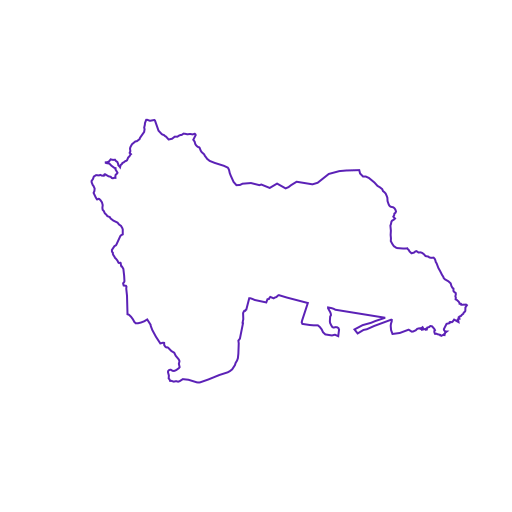 the district of Bunesti, Vâlcea, Romania, rotated 324°
{"feature_id": "2599482B20268372174714", "entity_name": "Bunesti", "entity_type": "district", "adm_level": 2, "iso_a3": "ROU", "parent_name": "Romania", "parent_adm1": "Vâlcea", "projection": "mercator", "projection_center": [24.207, 45.108], "detail": "fine", "context": "isolated", "style": "outline", "palette": "violet", "viewbox_px": 512, "rotation_deg": 324, "n_neighbors": 0, "source": "geoboundaries", "source_scale": "gbopen_adm2", "svg_char_len": 6126}
<svg xmlns="http://www.w3.org/2000/svg" viewBox="0 0 512 512"><g transform="rotate(324 256 256)"><path d="M381.0,428.5L381.5,427.6L381.8,426.0L382.6,425.8L383.7,426.4L384.0,425.8L383.7,425.0L383.9,424.7L385.2,424.6L386.5,425.0L387.9,424.6L389.7,424.6L390.8,423.9L392.3,423.8L393.1,423.4L395.2,420.7L397.7,419.8L397.4,418.8L393.4,416.1L393.7,415.2L392.6,414.3L393.1,413.4L393.1,411.9L392.6,409.5L392.0,408.4L393.2,407.1L393.6,405.8L395.1,404.5L395.8,403.4L395.2,401.4L395.2,400.3L396.6,398.4L396.2,397.1L396.5,395.0L397.4,392.6L396.8,389.6L395.1,385.8L394.9,384.1L395.3,382.8L395.4,380.6L396.1,376.4L396.5,372.9L397.8,368.1L397.9,366.5L398.6,364.8L398.9,363.3L398.7,361.7L397.0,360.7L395.9,359.7L395.3,358.8L395.1,357.8L393.1,355.7L392.9,353.4L392.3,351.3L391.3,349.8L389.5,348.7L388.7,346.4L387.7,346.0L385.7,346.1L383.4,345.2L382.9,342.6L383.1,340.8L382.8,339.4L382.9,338.7L382.2,338.4L379.5,336.5L374.9,332.6L374.2,331.6L373.7,330.0L373.4,329.5L373.3,328.4L373.4,326.2L373.8,323.2L375.5,321.1L377.3,318.1L380.0,314.8L382.6,310.4L383.8,309.6L385.8,307.8L386.8,307.4L388.6,307.6L390.5,307.4L390.2,304.9L391.9,304.1L392.9,303.0L394.2,303.0L395.4,302.3L395.9,300.8L396.1,299.3L396.0,298.4L395.6,297.2L394.0,295.4L393.6,294.5L393.5,293.4L393.8,291.8L394.7,288.9L396.5,286.1L397.0,284.4L397.6,281.7L397.4,279.9L396.9,278.1L397.4,276.1L396.6,273.2L395.5,270.7L395.0,266.1L393.2,259.2L391.5,256.2L389.3,254.6L388.7,250.4L390.0,247.2L379.3,239.9L373.3,236.3L363.1,232.4L348.9,233.0L343.8,231.2L332.5,219.8L326.0,219.3L322.8,219.4L319.7,218.7L315.6,209.8L307.1,209.0L302.3,201.3L300.4,200.7L294.8,194.0L287.6,189.6L284.8,189.1L281.8,187.2L281.4,182.9L282.8,176.1L283.5,173.5L284.7,170.7L285.1,168.9L285.1,167.9L283.0,164.1L277.3,156.4L274.4,151.8L273.5,148.4L273.6,147.6L273.5,144.9L273.8,143.3L273.1,139.9L273.2,138.3L274.0,135.2L273.9,134.6L273.3,134.0L272.8,132.6L272.6,131.1L272.7,129.7L273.6,127.3L273.6,125.1L278.3,122.7L278.5,121.9L278.3,121.1L276.2,120.4L274.5,118.6L272.0,117.2L270.6,115.6L269.3,114.4L267.5,114.4L266.7,114.2L266.0,113.7L264.1,113.3L262.6,113.3L260.4,111.7L257.0,111.8L253.8,110.4L253.4,106.6L252.9,105.5L252.6,104.0L251.8,102.9L251.4,102.1L250.8,97.3L253.9,87.0L253.7,86.2L249.7,84.3L248.0,81.8L247.2,81.3L244.3,83.2L243.2,84.5L241.0,86.4L240.4,87.9L238.4,89.9L231.7,92.2L230.5,93.0L227.1,93.1L225.7,92.4L221.3,92.7L218.2,94.2L217.1,95.2L216.0,97.3L214.4,98.3L214.7,100.1L213.9,100.2L212.1,101.0L210.5,101.2L208.0,102.7L207.1,102.8L206.2,102.4L203.8,102.5L202.7,102.2L201.4,102.8L200.0,102.8L198.2,104.3L198.2,103.0L198.0,102.4L198.0,101.5L198.6,100.5L199.1,98.4L198.5,96.7L198.5,95.2L197.1,94.4L195.9,93.3L195.3,92.4L192.6,93.1L190.8,92.7L189.5,91.9L189.2,92.3L189.4,92.7L191.7,95.1L192.1,97.9L193.2,101.4L194.0,102.4L193.2,103.4L192.9,107.2L192.3,107.6L190.2,107.8L189.1,108.8L188.2,110.2L187.1,109.4L185.9,109.0L185.2,108.2L185.0,106.5L183.5,104.8L182.0,101.2L181.5,100.9L180.8,101.1L180.5,101.7L179.9,101.5L178.5,100.3L177.7,98.9L176.3,98.5L174.2,96.6L171.5,96.4L169.3,97.9L167.0,98.7L166.3,99.9L165.6,102.8L165.7,103.8L165.1,106.6L163.4,108.5L161.7,109.5L160.8,114.3L160.6,116.7L161.0,117.0L162.3,117.2L162.7,117.7L163.0,119.5L162.9,122.1L161.9,124.7L160.0,126.8L159.1,128.5L159.3,130.1L158.8,132.6L159.2,134.6L159.2,136.4L160.6,138.6L160.4,140.1L161.4,143.5L163.6,147.6L163.7,150.0L164.5,152.3L164.2,155.0L163.8,156.2L160.9,160.2L159.1,159.9L158.0,160.1L149.6,164.8L148.9,165.0L147.3,164.8L143.0,166.4L142.1,167.7L142.0,168.0L142.1,169.3L141.4,170.2L141.1,171.7L141.1,173.4L140.8,174.4L141.1,175.9L141.2,178.2L140.8,180.5L141.0,181.1L142.3,181.7L142.4,182.1L141.1,184.6L141.0,185.4L141.4,185.7L141.1,188.5L137.7,194.5L134.8,199.0L134.0,199.6L132.6,199.9L132.3,200.2L131.6,202.1L133.3,203.7L133.2,204.6L131.8,206.2L128.3,212.3L117.8,227.6L118.7,228.9L119.2,231.8L119.2,235.0L118.8,237.9L119.2,239.8L121.1,241.1L123.8,242.2L127.1,243.1L130.7,243.4L130.3,249.7L129.8,250.5L128.6,254.9L127.6,262.4L127.2,270.5L129.8,271.5L130.6,272.3L129.4,274.1L129.3,275.9L129.6,277.0L130.0,277.5L130.6,277.8L131.0,278.5L131.7,283.2L133.0,286.2L132.4,289.5L132.7,293.8L132.5,295.5L132.1,296.3L130.2,297.9L128.9,301.0L127.7,301.4L124.5,301.4L122.5,301.0L121.3,300.2L120.6,299.0L120.3,298.1L119.8,297.6L118.5,297.2L117.2,297.5L116.5,298.3L115.2,301.6L113.4,303.7L113.5,305.1L113.1,306.6L114.1,307.2L115.6,309.3L117.8,310.3L119.1,311.9L120.7,312.4L124.4,312.6L128.6,316.4L134.0,323.6L135.6,324.9L136.6,325.4L144.9,327.9L156.3,330.7L164.8,333.5L167.3,333.8L170.1,333.7L174.8,331.9L176.7,330.5L179.3,329.4L181.3,328.0L184.2,324.8L190.7,316.5L192.0,314.1L194.4,313.4L206.0,302.7L205.8,302.2L208.6,299.6L212.0,294.6L213.8,293.6L214.4,293.5L215.1,294.0L216.0,293.5L216.6,293.7L225.7,286.2L226.7,287.0L227.9,288.7L229.1,290.8L237.0,299.6L239.9,297.7L241.1,298.4L242.3,297.8L243.5,297.5L245.4,300.6L246.8,300.7L248.4,301.2L250.5,300.9L251.5,301.1L256.5,307.7L270.3,324.5L255.5,335.2L254.0,336.5L253.6,338.2L258.9,343.4L261.8,345.9L265.3,348.5L265.9,350.9L266.0,354.0L265.4,357.1L266.0,360.2L270.7,364.9L273.6,366.1L275.4,369.2L279.9,364.4L280.3,362.7L279.7,361.3L278.4,360.2L276.8,359.6L276.0,358.5L276.1,356.4L276.6,353.7L277.4,352.2L280.4,348.6L281.9,347.9L282.5,346.8L283.0,345.3L283.6,340.6L284.1,340.0L286.5,342.6L287.8,344.4L288.6,346.1L324.2,381.9L314.5,378.8L309.9,377.7L301.6,374.6L292.5,373.3L292.7,378.4L299.5,379.0L302.6,380.4L310.6,382.1L328.0,387.0L328.3,387.5L327.3,388.7L325.4,390.1L323.9,391.7L321.7,395.4L320.6,399.3L327.1,402.8L336.1,405.3L336.4,405.8L337.5,408.7L338.6,409.4L341.6,410.0L343.6,409.7L345.5,410.4L346.0,411.3L346.4,411.0L347.7,411.6L348.9,411.5L348.9,412.1L348.5,412.7L347.1,412.7L346.9,413.2L350.3,414.6L350.0,415.4L350.9,415.9L352.4,414.6L354.5,415.3L355.2,415.1L356.0,415.2L357.1,416.4L357.4,419.7L357.2,421.2L356.6,421.2L355.8,422.0L355.3,423.0L355.1,424.3L356.3,424.9L356.8,425.9L358.6,428.0L358.4,428.5L359.2,429.6L359.7,429.5L360.8,429.8L361.9,430.7L362.3,429.8L363.1,430.0L363.8,429.3L365.9,429.2L364.6,428.2L364.6,426.3L365.0,425.6L370.3,422.9L373.1,424.1L373.7,423.4L374.2,423.4L375.6,424.7L376.5,424.7L378.9,423.9L381.0,428.5Z" fill="none" stroke="#5b21b6" stroke-width="2"/></g></svg>